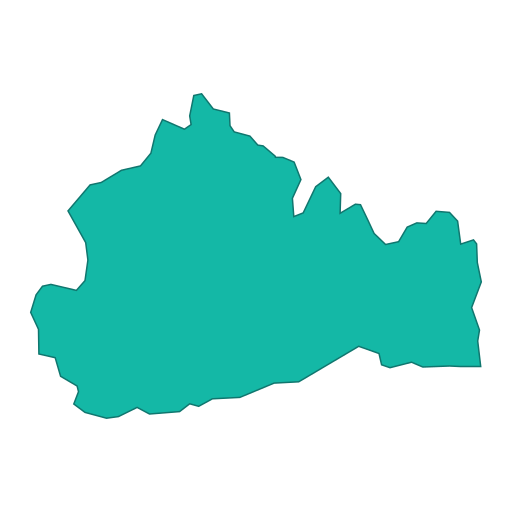 the border of Surrey
{"feature_id": "GBR-2755", "entity_name": "Surrey", "entity_type": "Administrative County", "adm_level": 1, "iso_a3": "GBR", "parent_name": "United Kingdom", "parent_adm1": "", "projection": "mercator", "projection_center": [-0.379, 51.274], "detail": "fine", "context": "isolated", "style": "filled", "palette": "teal", "viewbox_px": 512, "rotation_deg": 0, "n_neighbors": 0, "source": "natural_earth", "source_scale": "10m", "svg_char_len": 1204}
<svg xmlns="http://www.w3.org/2000/svg" viewBox="0 0 512 512"><path d="M229.4,113.0L230.0,125.7L234.2,131.9L249.9,136.1L257.8,145.1L263.1,145.9L275.2,156.2L275.4,157.3L282.8,157.4L294.1,162.1L296.6,168.5L300.9,179.6L292.4,198.3L293.8,216.6L303.2,212.9L315.7,186.7L328.3,177.2L340.7,193.6L340.1,213.3L355.4,204.2L360.5,204.7L367.9,220.2L374.1,233.5L385.6,244.5L398.6,241.7L407.2,227.1L416.8,222.9L426.2,223.5L436.1,211.3L449.5,212.4L456.0,219.4L457.6,221.1L460.7,244.1L473.5,239.9L476.6,243.9L477.3,262.5L481.3,281.9L471.6,307.6L479.5,330.1L477.7,341.0L480.7,366.5L460.1,366.5L449.5,366.0L422.8,367.0L411.5,362.2L390.0,367.7L381.6,364.8L379.0,353.5L358.7,346.3L298.7,381.8L274.1,383.1L239.8,397.4L212.4,398.8L198.7,406.3L189.7,403.8L179.6,411.6L149.5,414.0L137.1,407.4L118.4,416.6L106.5,418.2L85.0,412.4L73.8,404.0L78.5,391.7L77.1,386.0L60.6,376.3L55.2,357.7L38.9,354.0L38.5,329.3L30.7,312.4L36.1,294.8L42.5,286.2L50.9,284.4L76.4,290.4L85.0,280.6L87.9,260.1L85.7,242.6L68.0,210.9L90.1,184.9L101.2,182.5L121.4,170.3L140.5,165.9L150.9,153.2L155.2,135.0L162.5,119.6L184.4,129.2L191.1,124.6L189.7,115.9L193.8,95.5L201.6,93.8L213.3,109.0L229.4,113.0Z" fill="#14b8a6" stroke="#0f766e" stroke-width="1.5"/></svg>